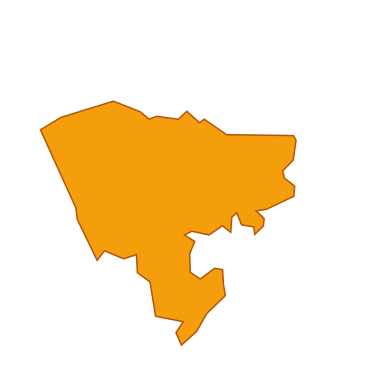 the district of Larue, Kentucky, United States of America, rotated 61°
{"feature_id": "52423323B54647754041749", "entity_name": "Larue", "entity_type": "district", "adm_level": 2, "iso_a3": "USA", "parent_name": "United States of America", "parent_adm1": "Kentucky", "projection": "natural_earth1", "projection_center": [-85.644, 37.577], "detail": "fine", "context": "isolated", "style": "filled", "palette": "amber", "viewbox_px": 384, "rotation_deg": 61, "n_neighbors": 0, "source": "geoboundaries", "source_scale": "gbopen_adm2", "svg_char_len": 832}
<svg xmlns="http://www.w3.org/2000/svg" viewBox="0 0 384 384"><g transform="rotate(61 192 192)"><path d="M64.1,294.4L149.8,301.3L160.1,305.6L205.8,308.1L201.0,297.1L217.3,284.1L219.8,270.9L236.2,278.9L250.3,272.3L283.1,284.1L301.2,262.5L307.2,274.2L320.8,275.5L316.3,255.8L305.5,238.0L298.7,213.0L287.7,209.1L274.7,202.9L269.7,209.3L272.1,227.0L261.5,232.5L244.9,224.0L236.6,213.6L225.9,219.4L226.3,211.1L237.8,198.0L236.3,181.8L246.1,177.7L233.4,169.4L231.9,163.0L244.8,164.6L252.4,154.9L259.5,157.7L256.3,146.0L250.1,141.7L239.7,145.0L243.2,135.1L245.1,104.9L236.7,99.4L224.8,104.4L217.5,102.5L213.1,88.0L197.2,75.9L191.9,75.9L186.3,85.6L158.6,134.0L134.3,146.0L135.1,151.8L118.9,157.4L121.7,168.8L108.5,186.5L107.5,194.3L96.8,198.3L74.4,216.8L63.2,270.4L64.1,294.4Z" fill="#f59e0b" stroke="#b45309" stroke-width="1.5"/></g></svg>